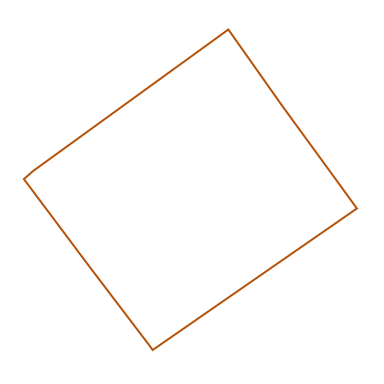 Person, North Carolina, United States of America, rotated 233°
{"feature_id": "52423323B78779547574002", "entity_name": "Person", "entity_type": "district", "adm_level": 2, "iso_a3": "USA", "parent_name": "United States of America", "parent_adm1": "North Carolina", "projection": "equal_earth", "projection_center": [-78.996, 36.389], "detail": "fine", "context": "isolated", "style": "outline", "palette": "amber", "viewbox_px": 384, "rotation_deg": 233, "n_neighbors": 0, "source": "geoboundaries", "source_scale": "gbopen_adm2", "svg_char_len": 408}
<svg xmlns="http://www.w3.org/2000/svg" viewBox="0 0 384 384"><g transform="rotate(233 192 192)"><path d="M207.0,315.9L210.0,316.0L299.9,318.8L304.4,78.2L303.5,65.5L229.5,65.3L229.0,65.3L212.4,65.2L212.2,65.2L194.5,65.2L193.7,65.2L189.1,65.2L98.1,65.6L97.2,65.7L89.8,65.5L89.5,65.5L79.6,313.8L82.3,313.8L85.2,313.9L91.7,314.0L95.6,314.1L207.0,315.9Z" fill="none" stroke="#b45309" stroke-width="2"/></g></svg>